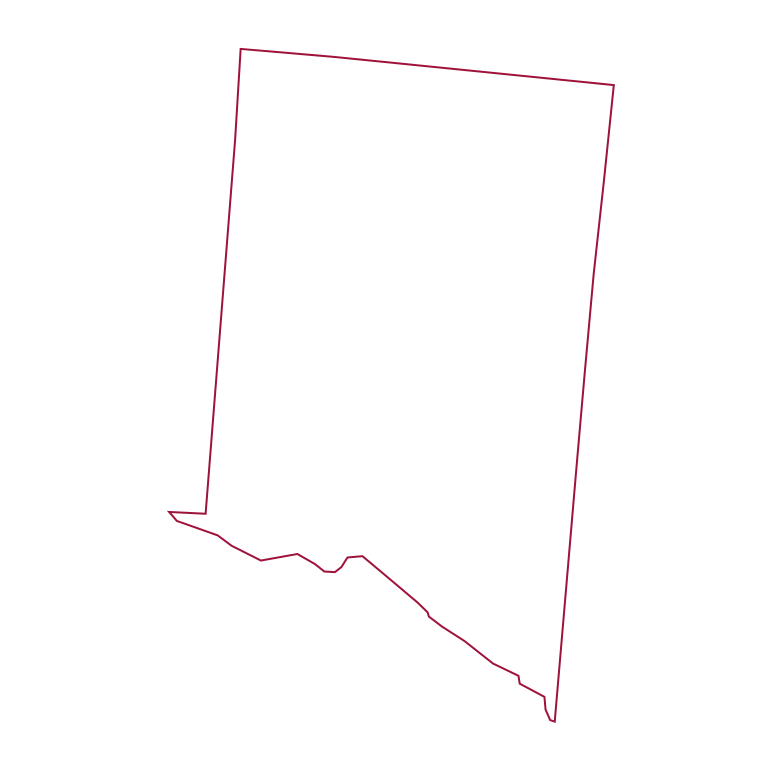 Cheboygan, Michigan, United States of America, rotated 185°
{"feature_id": "52423323B47673888365114", "entity_name": "Cheboygan", "entity_type": "district", "adm_level": 2, "iso_a3": "USA", "parent_name": "United States of America", "parent_adm1": "Michigan", "projection": "albers", "projection_center": [-84.497, 45.493], "detail": "fine", "context": "isolated", "style": "outline", "palette": "rose", "viewbox_px": 768, "rotation_deg": 185, "n_neighbors": 0, "source": "geoboundaries", "source_scale": "gbopen_adm2", "svg_char_len": 605}
<svg xmlns="http://www.w3.org/2000/svg" viewBox="0 0 768 768"><g transform="rotate(185 384 384)"><path d="M586.9,237.8L578.4,229.5L536.5,218.7L521.6,209.5L491.2,197.4L455.5,207.1L437.3,198.7L427.1,192.0L416.5,192.3L410.5,197.9L405.3,207.9L405.2,208.0L390.5,210.6L380.0,203.3L362.6,191.1L331.5,169.2L320.6,160.3L319.0,156.2L305.1,147.4L281.5,135.0L251.0,115.0L224.6,105.0L222.7,97.3L196.9,86.3L194.7,73.8L189.2,63.7L184.5,62.5L185.0,321.0L185.0,415.5L184.7,511.7L182.6,606.4L181.1,701.8L463.8,705.5L556.0,705.3L553.6,614.3L550.4,239.2L586.9,237.8Z" fill="none" stroke="#9f1239" stroke-width="2"/></g></svg>